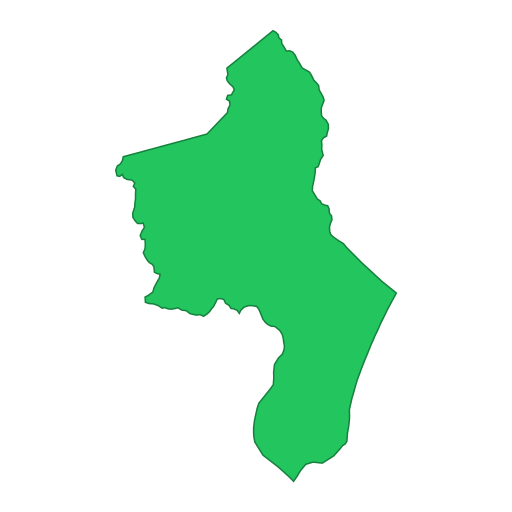 Estância, Sergipe, Brazil
{"feature_id": "56859067B51129873984298", "entity_name": "Estância", "entity_type": "district", "adm_level": 2, "iso_a3": "BRA", "parent_name": "Brazil", "parent_adm1": "Sergipe", "projection": "natural_earth1", "projection_center": [-37.403, -11.256], "detail": "fine", "context": "isolated", "style": "filled", "palette": "green", "viewbox_px": 512, "rotation_deg": 0, "n_neighbors": 0, "source": "geoboundaries", "source_scale": "gbopen_adm2", "svg_char_len": 3086}
<svg xmlns="http://www.w3.org/2000/svg" viewBox="0 0 512 512"><path d="M145.4,302.3L149.2,303.6L152.9,303.8L155.6,304.6L158.8,305.9L162.2,308.2L165.0,307.6L167.8,308.8L171.0,309.2L174.4,308.7L177.9,307.8L181.8,310.1L186.3,310.7L189.9,313.6L193.5,314.5L196.4,315.1L199.9,314.6L203.6,316.3L207.3,313.8L209.6,311.6L211.6,308.8L213.6,306.4L215.7,302.4L217.3,298.9L221.0,298.6L223.9,299.6L225.6,303.3L229.1,305.4L231.0,308.5L233.8,308.8L237.1,310.3L239.3,313.4L240.9,310.1L244.2,307.1L248.2,305.7L251.7,305.6L256.6,306.4L258.7,309.0L260.7,313.6L262.9,319.1L265.4,322.4L267.8,324.5L270.9,326.1L274.9,326.5L279.6,330.3L282.1,334.1L283.2,338.1L283.7,342.2L284.4,345.9L284.1,349.4L282.4,354.1L278.4,358.0L274.5,364.5L273.6,372.3L273.8,377.4L273.3,384.7L270.6,388.5L264.5,396.2L258.9,403.1L257.2,408.1L255.6,415.3L254.5,420.5L253.6,427.8L253.6,433.6L253.9,437.0L254.9,442.2L260.5,451.2L262.9,455.1L278.0,466.8L288.7,476.4L293.6,481.3L297.2,476.1L300.6,470.5L305.8,464.3L313.1,462.1L319.3,462.8L322.3,463.1L333.7,455.9L340.0,448.9L342.6,445.6L345.2,444.0L346.9,441.2L347.2,436.3L347.5,432.9L348.8,425.4L349.5,418.6L349.5,414.6L349.4,409.6L351.9,398.4L353.1,394.3L354.3,390.3L355.6,385.4L357.4,379.5L359.4,374.2L361.6,368.2L363.6,363.1L365.1,359.3L367.2,354.4L369.4,348.9L371.3,344.1L373.3,339.9L374.9,335.9L377.2,331.3L378.8,327.7L380.6,323.5L382.7,319.3L384.8,315.1L387.6,309.2L389.9,305.0L392.2,300.7L394.9,295.8L396.3,293.0L382.3,281.7L378.5,278.2L375.5,275.5L373.3,273.4L370.4,270.7L361.9,262.9L346.3,247.2L343.4,243.6L338.8,240.8L334.7,238.0L331.2,235.1L329.7,231.8L329.5,226.9L330.6,222.9L332.0,219.8L331.5,215.8L329.4,213.1L329.1,208.8L327.7,205.7L325.0,205.2L321.7,203.8L320.2,200.9L317.2,198.9L315.1,195.3L312.3,190.7L312.6,186.3L313.6,181.9L314.5,177.0L315.2,172.3L315.4,167.8L318.1,166.7L319.3,163.6L320.4,159.8L323.2,155.4L321.7,149.5L321.9,144.1L321.4,140.9L323.3,137.9L326.6,136.1L327.3,132.5L328.5,128.6L328.3,124.3L326.0,120.1L323.4,118.2L321.6,115.8L321.2,111.4L321.4,107.4L322.7,104.1L324.1,100.5L323.3,97.3L321.4,93.8L319.1,89.7L318.7,85.7L316.8,83.2L313.9,80.3L311.4,75.2L309.5,72.1L306.5,70.4L302.1,67.9L299.9,63.9L297.2,59.7L295.1,55.1L292.7,52.1L289.4,50.7L286.5,51.2L284.1,47.1L281.8,43.7L281.5,39.9L279.0,38.0L278.2,34.7L275.9,32.3L273.0,30.7L240.9,56.8L226.9,68.1L227.9,74.7L226.4,78.0L227.3,80.9L229.5,83.7L232.8,86.6L234.3,89.6L231.4,94.9L227.7,95.4L226.4,99.2L229.5,101.1L230.0,105.1L228.1,108.6L227.4,112.7L207.0,134.0L179.7,141.5L167.3,144.8L123.3,156.7L122.4,160.6L120.4,163.9L117.3,166.0L115.7,170.2L117.0,175.8L119.7,176.4L122.3,174.4L123.6,177.5L126.9,179.4L132.0,180.1L134.8,183.0L133.3,186.4L135.8,189.3L135.5,194.1L135.5,198.8L135.0,202.9L134.7,207.1L132.7,213.2L132.9,217.4L135.1,220.8L137.5,223.4L140.5,223.6L143.3,223.2L144.4,227.4L142.1,230.9L140.2,235.6L141.8,239.4L145.0,239.4L145.3,245.0L145.0,248.6L143.3,252.8L145.3,257.0L147.2,260.1L149.3,262.6L152.2,264.3L153.9,266.7L154.4,272.2L157.4,273.7L160.1,274.2L159.3,278.2L157.0,281.9L153.9,288.0L152.9,292.0L148.1,295.5L145.1,297.0L145.4,302.3Z" fill="#22c55e" stroke="#15803d" stroke-width="1.5"/></svg>